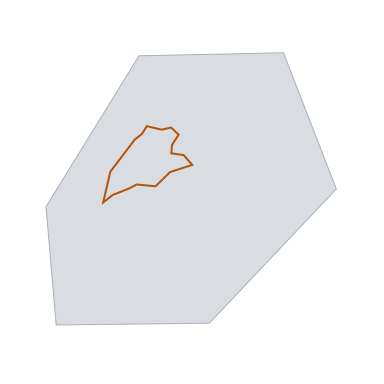 where Faetano sits in San Marino, rotated 188°
{"feature_id": "SMR-4888", "entity_name": "Faetano", "entity_type": "state/province", "adm_level": 1, "iso_a3": "SMR", "parent_name": "San Marino", "parent_adm1": "", "projection": "equal_earth", "projection_center": [12.476, 43.936], "detail": "fine", "context": "in_parent", "style": "outline", "palette": "amber", "viewbox_px": 384, "rotation_deg": 188, "n_neighbors": 0, "source": "natural_earth", "source_scale": "10m", "svg_char_len": 537}
<svg xmlns="http://www.w3.org/2000/svg" viewBox="0 0 384 384"><g transform="rotate(188 192 192)"><path d="M263.4,319.5L120.8,342.6L49.5,215.1L156.6,64.5L308.0,41.4L334.5,157.1L263.4,319.5Z" fill="#d9dde1" stroke="#a8b0b8" stroke-width="1"/><path d="M278.5,169.3L275.7,200.7L258.2,232.0L255.9,236.0L249.6,242.7L245.9,250.9L230.8,249.5L221.7,252.9L213.2,246.9L218.4,235.9L217.8,227.4L205.4,227.4L195.6,218.9L216.5,208.7L228.9,192.6L247.8,191.7L255.0,186.6L270.0,178.1L278.5,169.3Z" fill="none" stroke="#b45309" stroke-width="2"/></g></svg>